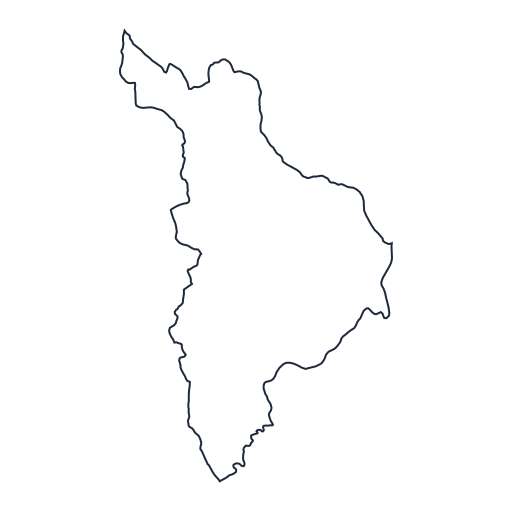 the district of Aguada, Santander, Colombia
{"feature_id": "7082276B46903478883308", "entity_name": "Aguada", "entity_type": "district", "adm_level": 2, "iso_a3": "COL", "parent_name": "Colombia", "parent_adm1": "Santander", "projection": "robinson", "projection_center": [-73.538, 6.182], "detail": "fine", "context": "isolated", "style": "outline", "palette": "slate", "viewbox_px": 512, "rotation_deg": 0, "n_neighbors": 0, "source": "geoboundaries", "source_scale": "gbopen_adm2", "svg_char_len": 6032}
<svg xmlns="http://www.w3.org/2000/svg" viewBox="0 0 512 512"><path d="M391.8,243.2L390.2,243.8L388.4,244.0L384.7,242.3L383.1,240.9L382.6,238.5L378.1,233.2L374.6,229.9L371.5,225.2L366.3,215.7L364.2,210.7L363.9,206.6L363.7,201.0L362.5,196.4L359.7,192.0L356.5,189.4L353.3,187.7L350.3,187.4L347.6,186.9L342.0,184.2L340.1,184.3L338.2,184.8L336.0,183.5L334.0,182.7L332.3,182.5L330.9,182.5L329.7,181.7L328.6,179.8L327.5,178.3L325.8,177.6L323.6,176.3L321.6,175.7L315.8,176.6L313.3,176.5L311.6,177.2L310.0,177.5L308.7,178.0L307.1,178.0L305.6,177.2L303.8,176.7L302.1,175.5L299.9,172.2L296.7,169.8L286.9,164.5L283.7,162.2L282.7,161.2L282.3,158.7L281.4,156.7L280.2,155.5L277.4,153.8L276.1,152.4L275.2,150.6L274.0,149.2L273.5,147.7L272.0,146.6L270.2,145.0L268.0,141.5L266.3,137.9L264.2,135.0L260.9,131.7L260.5,128.5L260.5,124.7L261.4,121.2L261.9,117.0L261.2,113.8L260.2,111.6L259.7,109.3L259.9,106.7L259.4,104.9L259.6,102.8L259.4,100.7L259.6,97.7L260.4,95.4L261.0,92.6L260.5,90.3L259.4,88.0L257.8,81.1L256.1,79.2L254.9,78.5L253.1,76.9L250.9,75.2L249.1,74.2L246.1,73.5L243.7,72.8L240.9,71.4L238.7,71.3L234.5,72.2L233.6,71.1L231.0,64.6L229.2,62.1L225.3,59.5L223.5,59.4L221.4,59.9L218.7,62.3L214.3,62.7L212.6,64.6L210.8,65.1L209.3,67.6L208.7,70.0L208.4,73.4L208.6,76.3L209.1,80.2L209.1,81.8L206.4,82.9L202.7,85.4L200.8,86.4L198.4,87.2L194.0,86.9L191.1,89.0L189.0,88.8L187.2,82.0L185.0,78.0L183.7,76.1L182.6,73.7L180.6,70.4L178.9,69.0L175.6,67.1L171.5,64.4L169.7,63.9L169.0,65.0L167.8,68.2L166.9,71.2L166.0,72.5L164.3,71.9L162.3,68.1L160.5,66.3L158.2,64.8L156.0,63.1L152.4,60.8L149.9,58.2L145.0,54.4L140.8,49.8L138.2,47.9L133.2,43.9L132.1,41.5L129.9,38.3L129.7,35.8L128.6,34.7L127.0,33.7L126.0,32.7L124.6,30.7L123.0,36.6L123.0,40.5L123.1,41.6L123.5,43.3L122.7,48.4L121.5,50.5L121.4,52.3L122.6,54.1L122.9,56.3L122.3,62.2L121.5,65.2L120.2,68.4L120.0,70.7L120.2,73.7L121.8,77.0L124.0,79.2L125.7,81.4L128.3,83.0L130.8,83.1L132.4,83.0L133.7,82.7L135.0,83.0L135.2,85.9L134.8,88.4L135.3,91.7L135.7,103.3L136.3,105.5L139.5,107.3L143.0,107.9L150.2,107.3L153.1,107.6L157.8,109.1L161.3,110.0L163.9,111.5L167.5,114.7L170.3,117.8L174.0,120.6L177.3,127.0L180.2,128.9L182.4,131.2L183.5,133.8L183.6,137.0L184.6,139.7L185.0,141.9L184.3,143.4L182.4,144.6L182.3,145.7L183.0,146.6L183.7,152.5L182.7,155.8L183.2,157.0L184.8,158.0L184.7,159.4L184.1,162.4L183.4,164.3L182.8,167.7L181.2,170.9L181.1,172.3L180.6,173.6L181.6,177.0L182.2,178.6L183.5,179.3L185.3,180.0L186.2,181.5L187.3,183.5L187.5,185.4L187.5,187.3L187.8,189.6L187.8,190.8L187.3,192.4L187.4,194.2L189.1,198.4L189.3,200.6L188.6,202.1L186.9,203.1L183.8,203.6L180.1,204.7L176.9,206.1L173.5,208.0L171.3,209.4L170.8,210.0L171.5,213.0L173.1,218.0L175.2,222.9L176.0,226.3L176.4,228.5L176.5,229.9L176.9,231.7L176.1,235.0L175.8,237.0L175.9,238.7L177.9,241.2L179.7,242.9L182.5,244.3L185.9,245.1L188.3,245.8L190.5,247.3L192.5,248.4L194.6,249.3L197.9,249.4L199.5,251.2L201.2,253.9L200.0,255.3L198.0,259.9L197.4,264.7L196.0,266.0L193.7,266.8L189.4,269.7L188.3,269.5L187.9,270.1L187.7,271.2L188.6,273.6L190.3,277.0L190.9,279.6L190.8,282.0L192.0,283.9L183.9,289.6L183.9,293.9L183.2,298.6L182.7,303.0L180.7,305.3L178.9,306.4L177.5,308.9L175.9,310.1L174.8,311.8L174.8,313.7L177.4,316.2L177.6,317.8L176.5,320.8L175.7,323.3L174.1,325.2L170.0,327.7L169.2,329.8L169.3,332.2L170.3,334.8L171.7,337.5L173.2,339.5L174.4,342.6L176.4,342.3L178.6,343.2L181.1,343.9L181.8,344.9L181.8,347.0L182.3,349.3L183.4,351.6L184.9,353.6L185.7,354.8L184.7,356.2L184.0,356.8L181.3,357.3L180.0,357.8L179.4,359.0L179.2,360.9L179.9,362.8L180.1,364.4L180.6,365.3L180.4,367.3L181.5,370.0L183.5,373.8L185.1,376.5L186.3,379.5L187.4,380.9L189.8,381.8L189.7,385.9L189.1,390.0L188.8,394.0L188.8,401.0L188.4,404.0L188.3,406.2L188.4,407.4L188.8,409.2L188.6,410.8L188.7,413.1L189.1,414.6L189.1,415.6L189.3,416.9L188.0,420.4L188.0,421.3L188.6,425.1L188.9,426.2L189.8,427.1L191.9,428.2L192.6,428.8L193.7,430.4L194.3,431.6L195.6,433.2L198.1,435.3L198.9,436.2L200.1,438.7L201.2,442.3L201.2,444.2L200.5,446.6L200.4,447.9L200.4,449.1L201.6,450.8L203.7,455.2L205.3,459.1L206.5,461.5L207.6,464.1L209.0,465.3L209.9,467.1L211.0,468.9L212.0,471.0L214.7,475.1L218.5,479.4L219.9,481.3L221.2,480.4L224.3,478.8L227.3,477.0L228.9,475.5L232.6,474.2L234.8,472.9L235.9,472.0L236.2,470.7L236.1,469.8L235.6,468.8L233.8,467.5L233.3,465.9L233.5,465.0L233.7,464.6L235.3,463.7L236.1,463.4L238.5,463.5L239.7,464.0L241.3,465.6L242.4,466.0L243.4,466.2L244.1,465.8L244.6,464.0L244.4,462.8L243.2,459.8L243.1,458.0L243.1,456.2L243.4,453.9L243.9,451.4L243.4,449.7L243.5,449.0L244.1,447.4L245.1,446.5L245.9,445.6L248.4,445.9L249.3,445.8L249.7,445.5L250.4,444.9L250.9,443.1L252.5,441.6L252.8,440.9L252.9,440.3L251.9,439.5L251.5,438.8L251.2,437.8L251.1,435.7L251.6,435.2L253.4,434.6L254.5,434.1L257.0,433.5L257.6,433.0L257.4,432.3L256.5,431.3L256.8,430.6L258.3,429.9L260.0,429.8L260.8,430.2L261.3,430.8L262.1,431.4L262.9,431.4L263.7,430.5L263.8,429.9L263.1,427.5L263.1,426.9L263.3,426.3L263.9,425.8L265.2,425.6L268.4,425.6L270.2,425.3L272.4,425.3L272.9,424.8L272.7,424.1L270.7,420.7L269.6,417.7L268.9,414.7L269.3,413.0L271.0,410.3L271.2,409.4L271.5,407.8L270.9,405.3L270.2,403.2L269.1,401.9L268.0,399.9L267.3,398.1L267.0,396.5L265.3,393.9L263.6,388.4L263.7,385.2L264.6,382.8L266.2,381.8L268.7,381.3L271.4,380.4L273.3,378.8L275.0,376.3L276.5,372.4L279.4,367.9L282.0,365.4L283.8,363.9L286.7,362.7L290.3,362.8L294.4,363.9L298.5,365.8L301.9,367.7L305.6,368.9L310.5,367.6L315.3,366.5L318.8,364.9L321.5,363.3L323.7,360.4L325.0,357.7L326.1,354.6L328.6,351.7L333.8,349.2L335.8,347.7L338.2,344.9L340.5,341.6L341.1,339.1L342.7,336.7L345.6,334.5L348.2,332.2L351.0,330.1L354.0,328.3L355.9,325.6L357.2,322.3L358.6,320.1L360.3,318.4L363.5,311.1L365.4,309.3L366.8,308.3L368.2,308.3L370.1,309.9L372.2,312.3L374.2,313.8L376.0,314.3L380.8,312.1L382.6,313.7L383.3,316.0L384.3,318.0L386.4,318.2L388.9,315.8L389.3,313.6L388.6,307.4L386.0,297.3L385.1,292.9L383.5,288.5L381.6,285.4L381.3,282.2L382.8,277.9L389.4,266.3L391.1,262.7L392.0,258.5L391.5,246.3L391.8,243.2Z" fill="none" stroke="#1e293b" stroke-width="2"/></svg>